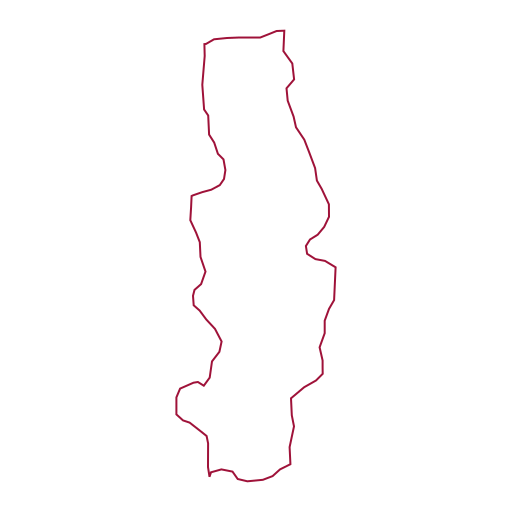 the district of Gävle, Gävleborg, Sweden
{"feature_id": "70781695B31368722399437", "entity_name": "Gävle", "entity_type": "district", "adm_level": 2, "iso_a3": "SWE", "parent_name": "Sweden", "parent_adm1": "Gävleborg", "projection": "orthographic", "projection_center": [17.057, 60.688], "detail": "fine", "context": "isolated", "style": "outline", "palette": "rose", "viewbox_px": 512, "rotation_deg": 0, "n_neighbors": 0, "source": "geoboundaries", "source_scale": "gbopen_adm2", "svg_char_len": 1334}
<svg xmlns="http://www.w3.org/2000/svg" viewBox="0 0 512 512"><path d="M204.4,44.1L204.7,56.0L202.3,84.8L204.1,109.5L208.2,115.5L209.1,134.6L214.2,142.6L217.9,153.8L223.5,159.4L225.4,170.1L224.0,179.0L219.8,185.1L211.3,189.7L202.4,192.1L193.1,195.3L191.6,196.0L191.1,207.1L190.3,220.2L196.1,232.7L199.8,242.2L200.5,256.9L205.5,271.6L201.1,284.1L194.5,289.9L193.0,295.8L193.7,305.3L199.6,310.5L206.2,319.4L215.0,328.9L221.6,341.5L219.4,351.8L212.0,361.4L209.7,377.6L203.8,385.7L197.9,382.0L193.5,382.7L180.1,388.6L176.4,397.4L176.4,414.4L183.0,420.4L189.6,422.6L199.2,430.1L206.6,436.0L208.1,443.4L208.0,467.1L209.5,476.8L211.0,472.3L221.4,469.4L232.5,471.6L237.7,479.0L247.4,481.3L262.9,479.8L272.6,476.1L280.0,469.4L290.4,464.2L290.4,463.7L289.6,447.1L294.0,426.4L291.8,415.3L291.0,398.3L304.2,387.2L316.0,380.5L322.7,373.8L322.6,367.6L322.6,360.5L319.6,347.3L324.7,333.2L324.7,320.7L329.0,308.9L334.1,300.1L335.6,267.3L325.0,260.9L315.4,259.1L307.1,253.8L305.9,246.0L310.0,239.5L317.7,234.7L324.2,226.9L329.0,216.8L328.9,204.3L321.7,188.9L316.9,180.6L315.1,168.1L309.1,152.1L304.3,139.7L296.0,127.3L293.6,116.6L287.7,100.7L286.5,88.3L294.1,79.4L292.3,63.5L283.4,51.1L284.3,30.7L276.6,31.0L268.7,34.2L260.3,37.5L249.2,37.5L239.5,37.5L227.0,38.0L214.0,39.3L206.1,43.9L204.4,44.1Z" fill="none" stroke="#9f1239" stroke-width="2"/></svg>